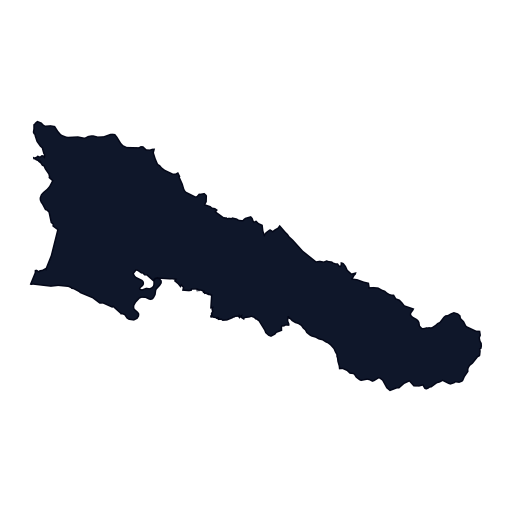 Comana, Brasov, Romania (orthographic projection)
{"feature_id": "2599482B70960517450841", "entity_name": "Comana", "entity_type": "district", "adm_level": 2, "iso_a3": "ROU", "parent_name": "Romania", "parent_adm1": "Brasov", "projection": "orthographic", "projection_center": [25.274, 45.907], "detail": "fine", "context": "isolated", "style": "filled", "palette": "ink", "viewbox_px": 512, "rotation_deg": 0, "n_neighbors": 0, "source": "geoboundaries", "source_scale": "gbopen_adm2", "svg_char_len": 6040}
<svg xmlns="http://www.w3.org/2000/svg" viewBox="0 0 512 512"><path d="M121.0,313.7L122.8,313.8L124.8,314.6L127.1,318.0L129.0,319.2L133.8,319.9L137.0,318.3L138.4,316.1L138.6,314.7L138.5,313.7L137.6,312.4L134.0,309.2L133.5,307.1L133.8,305.1L135.5,302.1L139.3,298.0L141.6,297.1L145.7,297.3L149.2,299.0L150.7,299.3L152.3,298.8L153.4,297.6L155.0,294.6L155.6,290.4L156.1,289.1L159.6,285.3L161.1,282.9L161.1,281.0L159.7,279.1L158.1,278.4L155.8,278.5L154.9,279.1L154.1,280.4L154.0,284.5L153.7,285.8L153.3,286.6L151.7,288.0L149.6,288.9L146.3,288.4L142.0,290.0L139.8,289.3L139.6,288.5L140.1,287.5L142.5,285.5L143.3,284.0L143.3,282.7L142.9,281.5L141.8,280.4L135.9,277.5L134.6,276.3L133.1,273.6L136.1,269.8L138.2,270.6L141.5,272.9L142.7,272.8L144.7,274.8L146.8,274.8L153.2,280.5L154.8,278.5L157.6,277.7L159.1,278.1L170.0,278.8L172.3,278.7L176.0,279.3L174.9,280.9L178.3,283.7L180.5,286.5L181.4,284.9L183.5,287.3L182.9,290.1L189.0,290.6L191.2,290.2L191.5,289.0L196.2,288.9L196.9,289.0L197.1,289.7L197.3,289.1L198.4,289.6L199.0,290.4L199.6,289.8L202.5,290.6L203.3,291.5L203.7,291.4L203.5,291.8L203.8,292.0L203.7,292.4L204.7,292.4L204.8,293.3L206.7,293.1L207.1,293.9L208.3,294.3L208.4,293.9L209.0,294.6L210.3,294.4L210.5,294.9L211.7,295.1L210.9,307.8L212.6,307.5L212.2,308.3L212.2,309.7L212.9,311.4L212.2,312.2L211.5,313.9L212.0,314.8L210.9,315.9L210.9,316.6L211.5,316.4L211.7,317.0L212.0,317.0L212.1,316.4L212.6,316.2L213.6,317.2L215.9,317.5L216.5,318.2L217.4,318.1L217.4,317.5L217.7,317.4L218.3,317.6L218.6,318.4L218.2,318.8L218.6,319.0L218.6,319.3L221.5,319.2L222.7,320.2L226.9,319.9L232.3,317.7L233.0,316.9L233.8,317.1L235.3,316.2L238.3,316.1L239.3,317.2L239.4,315.9L239.8,316.7L240.6,317.0L240.2,316.2L241.6,315.5L241.3,316.7L241.4,317.4L243.7,318.9L243.9,318.0L245.2,317.4L249.3,316.9L251.3,316.2L254.3,317.3L255.9,318.9L257.5,319.3L258.1,320.2L259.0,320.6L264.8,330.0L265.8,332.6L268.7,335.2L271.0,336.1L274.8,334.1L276.2,332.3L281.5,330.3L281.4,327.2L282.0,325.8L283.8,325.9L285.6,324.9L288.7,325.1L288.8,324.1L287.8,321.6L287.6,320.4L288.0,316.9L288.5,316.7L289.1,317.4L289.4,318.3L290.3,318.5L292.1,320.5L295.4,322.5L298.4,323.4L301.5,325.4L303.3,328.0L305.5,329.9L306.8,332.4L310.0,335.0L311.6,335.9L315.8,337.1L319.0,338.9L322.6,339.7L326.0,341.9L328.0,342.7L330.7,344.8L334.1,348.6L335.5,351.9L337.0,354.5L337.0,356.4L337.6,357.9L338.0,361.4L339.3,365.9L339.6,368.6L342.7,368.4L347.2,370.4L350.0,373.1L353.6,373.5L354.8,374.7L356.3,377.1L359.7,379.7L361.1,380.3L367.2,379.1L369.6,379.6L372.4,381.1L373.9,380.6L378.6,377.7L379.9,378.0L382.7,380.1L386.9,387.8L390.0,390.4L396.8,387.8L398.9,387.8L404.0,383.3L409.2,380.9L409.7,381.1L413.9,385.8L419.1,385.9L422.9,384.9L424.9,388.3L426.2,388.8L427.9,388.2L429.8,386.8L430.9,386.9L431.7,386.4L436.7,382.7L439.6,381.9L442.6,380.3L448.6,383.3L450.4,383.9L454.0,382.7L455.5,381.7L459.1,382.2L461.9,381.1L462.6,380.4L464.3,376.5L467.8,371.4L467.7,369.6L468.1,367.8L469.5,365.4L472.4,363.1L477.5,356.7L479.1,355.9L479.6,355.2L480.0,351.2L479.7,348.8L480.9,348.2L481.3,346.0L481.1,343.3L479.9,341.2L479.2,337.8L480.2,335.2L479.6,331.4L476.1,331.3L466.5,326.8L465.6,325.9L463.5,321.7L460.5,318.7L460.2,317.9L459.9,315.9L457.7,314.0L453.9,312.8L450.9,314.0L448.1,315.6L445.6,316.0L444.0,317.3L440.0,322.5L437.7,323.6L435.9,325.3L432.1,327.8L430.6,328.0L428.9,327.8L427.9,328.2L426.9,327.9L423.8,328.7L421.9,328.7L419.4,326.1L418.8,322.4L417.9,320.8L416.6,319.6L412.4,317.2L410.5,315.2L410.6,313.0L412.7,310.2L413.3,309.0L404.2,305.9L401.9,302.9L399.3,300.2L395.7,298.9L393.6,295.3L391.7,295.3L389.2,294.6L386.6,293.0L384.7,291.3L381.9,290.3L378.0,288.1L373.4,287.7L369.1,287.9L368.4,283.3L363.7,282.2L357.1,279.8L352.1,279.1L351.7,278.6L352.8,277.5L354.0,275.3L355.2,274.1L355.5,273.1L351.4,274.2L347.1,270.3L345.4,266.5L343.4,263.9L342.7,263.4L341.3,263.0L341.2,265.3L340.4,266.5L339.1,266.2L337.5,264.0L335.6,264.0L332.7,263.0L331.8,262.1L328.1,261.6L326.7,261.0L323.8,262.2L319.8,261.4L316.0,262.0L302.5,251.2L292.7,240.3L288.9,236.8L287.4,234.5L285.3,232.5L279.7,226.0L278.1,228.2L274.9,230.0L272.8,231.7L270.1,230.0L269.6,230.2L266.1,232.8L264.3,235.4L262.8,231.1L262.1,225.3L258.3,223.6L256.0,221.3L254.0,222.4L253.0,221.1L252.1,218.5L250.7,216.9L245.5,218.4L244.0,219.5L243.3,220.5L242.2,220.8L238.6,220.4L236.6,219.1L232.4,218.1L231.6,218.7L228.8,218.4L227.4,218.9L226.3,218.0L225.3,218.4L224.9,217.8L223.6,217.9L215.3,211.9L216.8,210.1L214.8,208.7L211.8,208.2L210.2,206.7L204.8,204.9L204.8,204.1L206.1,201.7L206.3,196.0L206.0,195.4L204.2,193.7L200.3,194.4L199.2,194.3L197.0,196.8L195.4,197.1L185.6,192.2L184.4,190.7L183.6,189.0L182.2,184.2L178.9,176.8L179.5,176.4L177.8,173.0L175.8,174.2L172.9,174.3L164.5,170.3L161.4,167.9L159.5,165.6L158.4,165.1L157.3,164.0L155.1,158.8L153.2,152.8L154.1,149.3L152.3,149.4L149.9,150.2L146.2,150.0L142.9,146.9L140.9,146.8L139.0,147.9L126.6,147.6L122.8,145.8L120.6,143.4L116.8,137.2L114.8,134.7L112.6,134.4L110.5,134.5L103.8,136.9L97.7,137.2L93.2,136.0L91.5,136.0L88.2,136.6L85.6,138.0L84.3,138.3L77.9,137.0L68.0,137.5L66.0,137.2L61.7,135.5L60.3,134.5L57.6,131.3L54.6,126.6L50.5,125.9L45.0,126.3L43.2,125.2L41.2,123.1L37.4,121.6L35.4,123.3L34.9,124.2L34.0,124.8L34.0,129.0L33.5,132.1L34.1,133.6L35.2,134.5L35.2,135.6L37.1,141.4L40.5,146.2L42.3,147.7L43.9,153.5L44.5,154.3L44.7,156.3L44.4,157.4L42.9,155.9L41.7,155.9L40.4,157.1L39.1,157.0L37.8,156.3L36.7,157.3L34.6,158.1L33.8,157.8L33.9,158.6L35.5,159.0L36.2,159.7L40.0,161.2L39.2,161.6L41.0,163.0L42.4,165.2L44.2,166.0L45.3,168.7L49.0,174.1L49.5,176.5L49.3,177.6L52.8,180.7L49.7,186.6L47.3,189.4L43.5,192.6L41.5,194.8L40.3,198.0L40.4,199.9L41.3,202.2L42.6,204.0L45.5,209.5L47.1,210.1L49.1,212.1L51.3,222.5L53.3,224.0L53.1,226.0L57.9,229.6L51.4,255.6L45.9,269.4L45.4,268.8L42.6,270.4L39.9,270.8L39.5,271.5L38.9,271.8L36.5,270.4L35.4,270.6L35.3,272.9L30.7,284.1L31.2,284.3L33.0,284.0L50.9,286.1L58.2,285.3L68.4,286.3L71.3,287.6L71.7,288.2L73.8,288.6L79.4,291.6L80.3,292.5L92.8,297.7L99.8,303.0L103.1,302.9L112.2,307.0L113.0,306.2L120.9,313.3L121.0,313.7Z" fill="#0f172a" stroke="#020617" stroke-width="1.5"/></svg>